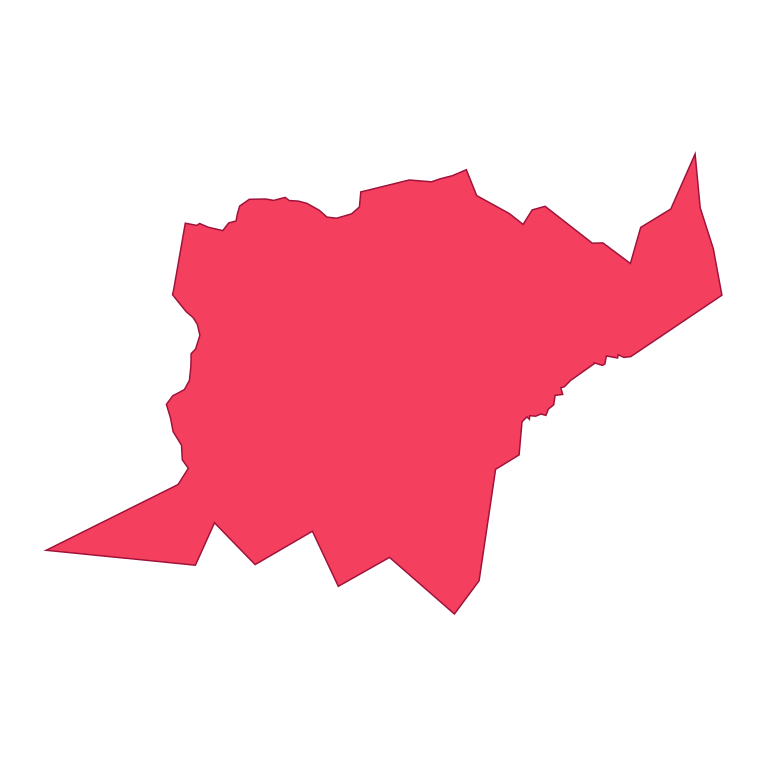 outline of Mt Hagen District, Western Highlands, Papua New Guinea
{"feature_id": "67681753B59339581313585", "entity_name": "Mt Hagen District", "entity_type": "district", "adm_level": 2, "iso_a3": "PNG", "parent_name": "Papua New Guinea", "parent_adm1": "Western Highlands", "projection": "robinson", "projection_center": [144.241, -5.844], "detail": "fine", "context": "isolated", "style": "filled", "palette": "rose", "viewbox_px": 768, "rotation_deg": 0, "n_neighbors": 0, "source": "geoboundaries", "source_scale": "gbopen_adm2", "svg_char_len": 1295}
<svg xmlns="http://www.w3.org/2000/svg" viewBox="0 0 768 768"><path d="M695.1,154.0L670.8,209.0L640.7,227.4L630.4,263.5L602.9,242.9L592.3,243.2L545.1,206.3L532.2,209.9L523.1,224.4L509.2,213.5L476.7,195.6L468.1,174.2L466.3,169.7L452.4,175.7L440.1,178.8L431.5,181.8L409.2,180.0L360.8,191.9L359.4,207.0L351.5,213.9L336.6,218.2L327.0,217.1L319.2,210.2L306.7,203.3L298.3,201.1L289.1,200.5L285.2,197.4L273.6,200.4L265.7,199.0L249.3,199.3L239.7,206.0L237.3,214.1L236.1,220.9L228.6,223.0L222.8,230.6L208.2,227.2L199.6,223.5L196.8,225.4L185.3,223.2L173.6,290.0L172.5,294.7L180.7,304.9L186.1,311.6L193.1,317.6L197.3,324.2L199.9,335.3L195.6,349.0L191.1,353.7L190.9,366.2L189.4,380.4L184.4,389.6L172.7,395.8L166.4,404.4L170.5,417.9L173.1,431.6L181.5,445.2L182.3,459.8L188.3,468.3L178.1,484.5L46.1,550.3L195.4,565.2L214.5,522.8L255.1,564.6L312.4,531.2L338.3,586.3L389.5,557.4L454.4,614.0L479.1,580.7L495.6,469.3L519.1,454.9L522.0,421.8L526.9,416.9L529.4,419.3L529.7,415.7L535.7,416.2L540.9,414.0L545.9,415.4L548.4,409.1L553.7,404.8L555.1,395.4L562.7,394.4L560.8,387.8L564.4,386.7L570.6,380.4L594.3,363.6L594.2,362.8L602.4,365.4L604.9,364.0L606.4,356.0L617.6,358.0L618.2,354.7L623.8,357.4L630.8,356.6L721.9,295.2L713.3,248.7L700.2,207.8L695.1,154.0Z" fill="#f43f5e" stroke="#9f1239" stroke-width="1.5"/></svg>